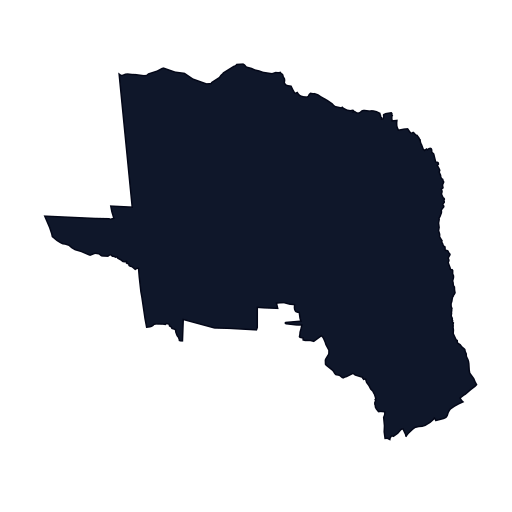 Stefanesti, Vâlcea, Romania (Albers equal-area conic projection), rotated 174°
{"feature_id": "2599482B29956457014719", "entity_name": "Stefanesti", "entity_type": "district", "adm_level": 2, "iso_a3": "ROU", "parent_name": "Romania", "parent_adm1": "Vâlcea", "projection": "albers", "projection_center": [24.21, 44.611], "detail": "fine", "context": "isolated", "style": "filled", "palette": "ink", "viewbox_px": 512, "rotation_deg": 174, "n_neighbors": 0, "source": "geoboundaries", "source_scale": "gbopen_adm2", "svg_char_len": 5931}
<svg xmlns="http://www.w3.org/2000/svg" viewBox="0 0 512 512"><g transform="rotate(174 256 256)"><path d="M461.9,317.7L458.2,305.8L456.8,299.4L456.5,296.6L452.2,292.2L449.1,289.8L446.9,288.4L444.4,287.8L440.8,286.2L438.4,283.6L435.2,281.2L429.3,278.8L421.5,274.4L420.7,274.2L416.5,275.4L415.3,275.5L411.7,274.5L410.1,272.8L409.2,272.2L403.3,271.3L401.4,272.4L400.5,272.4L400.0,272.2L398.9,270.8L397.1,270.4L395.8,269.5L394.4,269.8L393.7,268.3L390.7,266.2L389.0,264.5L387.7,264.1L386.7,264.0L385.8,264.3L385.2,264.1L385.1,263.5L385.4,263.3L385.6,262.7L385.0,262.1L383.7,261.7L383.4,261.4L383.2,259.8L382.3,259.1L380.3,258.3L377.5,255.3L375.8,256.2L374.1,256.1L374.3,247.5L374.2,232.4L373.8,227.1L372.9,205.3L372.2,196.6L368.9,196.7L367.3,197.0L365.8,197.7L364.7,198.7L362.5,198.9L355.5,198.0L353.2,197.4L352.2,198.3L349.7,197.4L349.4,196.7L349.3,195.5L347.8,194.4L347.3,193.6L347.2,192.8L344.6,191.7L343.7,190.9L343.7,188.8L343.0,185.9L342.5,184.6L341.6,183.3L341.0,180.9L341.0,180.0L339.7,179.5L338.0,179.3L335.0,200.5L304.8,188.8L290.4,186.9L263.3,182.5L262.2,184.8L260.3,202.8L260.0,204.8L253.1,203.6L239.9,201.7L240.6,207.0L237.3,207.0L233.0,206.7L227.6,204.6L222.7,203.6L223.2,200.5L223.1,198.6L222.4,196.9L222.0,196.5L220.7,195.8L218.9,195.4L218.7,189.4L218.1,186.5L233.0,186.8L233.6,186.7L233.9,186.3L233.7,185.9L233.2,185.5L222.9,183.2L217.6,182.6L218.9,178.6L220.1,175.7L220.5,173.5L221.2,171.2L220.7,170.5L217.7,169.5L217.9,167.6L216.0,166.9L210.7,166.3L207.5,165.1L199.3,169.9L197.9,168.1L197.3,166.7L196.2,163.2L195.7,160.6L193.3,154.7L193.7,151.4L194.1,150.5L197.2,146.5L197.9,145.2L198.2,141.1L197.5,140.0L191.8,134.4L191.0,133.3L190.1,131.3L189.2,129.9L188.7,129.6L186.5,129.0L185.1,128.4L182.9,126.1L181.9,125.7L180.5,126.3L178.7,126.6L172.0,129.1L171.2,128.7L169.8,127.3L162.6,124.2L162.7,123.5L161.8,122.0L160.3,122.4L159.9,122.2L159.2,118.7L157.2,115.3L155.8,111.7L153.8,109.2L153.4,107.8L152.6,106.1L151.7,101.5L152.5,100.9L152.1,99.8L153.2,97.6L153.3,96.1L153.0,95.0L153.0,93.2L152.3,91.4L150.4,88.4L148.1,88.4L144.2,87.6L144.4,85.6L144.8,84.2L145.9,82.2L146.0,73.7L146.9,67.7L146.7,61.1L144.4,61.0L142.1,59.5L141.7,60.9L140.2,62.8L139.3,62.8L138.2,62.3L133.6,64.9L130.2,68.1L129.2,68.6L127.9,68.7L125.8,62.7L125.8,61.3L125.5,61.1L125.1,61.7L123.2,63.7L118.2,67.5L115.8,68.9L112.1,69.4L108.6,69.3L105.5,69.9L100.1,72.5L96.9,74.8L95.6,76.2L95.1,75.5L94.4,73.6L86.4,74.8L84.4,75.5L83.6,76.0L82.5,77.4L81.2,80.4L79.6,82.6L78.6,83.6L74.4,85.9L69.9,87.8L65.4,89.3L66.6,90.7L68.0,93.4L64.0,95.9L62.4,96.6L56.3,100.8L51.7,103.6L50.1,105.0L51.3,107.9L52.3,111.3L55.7,117.2L55.9,120.3L55.6,126.6L55.7,128.8L56.1,130.8L57.2,133.8L57.3,135.4L57.1,136.5L58.0,139.3L58.1,141.1L58.4,141.6L60.9,144.2L62.2,146.4L64.7,148.5L64.8,149.1L64.7,150.9L65.8,151.8L68.0,158.2L67.4,161.7L67.5,164.5L67.2,165.8L67.2,167.5L66.7,168.8L67.7,170.0L67.2,171.1L67.6,172.1L67.3,173.0L67.5,174.2L68.0,175.3L68.1,176.2L67.5,178.5L67.5,180.1L67.1,180.8L67.0,182.3L66.6,183.3L67.2,185.4L67.0,188.2L65.9,190.7L65.5,192.4L64.8,194.6L63.9,195.6L63.7,196.4L63.0,197.0L61.9,198.6L62.1,201.3L61.9,204.4L62.7,205.8L62.8,206.5L62.8,209.2L63.1,210.6L61.9,213.7L61.7,215.0L61.7,215.8L62.3,217.6L61.9,221.0L62.4,221.9L63.6,222.1L64.1,222.6L64.2,223.9L65.5,229.0L65.4,229.9L64.8,230.8L64.6,231.5L64.7,232.5L65.1,233.6L64.7,234.5L63.0,236.9L62.9,237.5L64.0,239.1L64.6,240.9L65.7,241.6L66.8,241.7L67.3,242.6L67.3,243.3L67.1,244.0L67.2,245.3L67.3,245.6L68.2,246.0L68.8,247.1L69.0,248.4L69.8,250.3L69.7,251.2L69.4,251.7L71.4,255.8L71.1,258.5L71.8,262.2L70.9,265.3L71.0,269.7L70.0,273.1L70.1,274.3L68.8,276.2L67.2,279.4L66.9,280.5L67.0,282.0L66.1,283.3L64.1,285.3L64.1,286.2L64.9,287.5L64.7,288.2L63.2,289.7L63.1,290.5L63.4,291.1L63.3,291.6L62.7,292.9L63.0,293.7L63.8,294.3L64.8,297.1L65.1,298.6L64.6,299.4L64.2,301.0L64.7,303.2L64.4,303.6L63.3,303.9L62.9,304.3L63.1,307.2L61.6,309.9L61.7,310.4L62.1,311.1L62.3,312.7L63.3,313.5L64.0,315.0L64.0,317.0L65.0,320.0L65.0,320.6L64.5,321.5L64.3,322.1L64.9,324.0L66.2,327.1L66.0,327.5L65.0,328.2L65.0,329.2L65.2,329.8L65.7,330.2L67.0,330.4L67.5,330.7L68.6,338.8L68.8,339.2L70.3,340.7L70.2,343.3L70.5,344.3L71.1,344.8L72.1,344.8L72.9,344.6L74.4,343.7L75.2,344.6L77.3,343.3L77.7,344.0L78.5,344.5L79.7,349.2L80.3,350.7L80.6,352.3L80.7,354.3L81.0,354.2L81.6,356.3L83.3,359.2L84.4,359.5L86.5,362.4L87.1,362.4L88.0,361.9L89.1,362.0L90.1,363.3L91.9,366.6L95.3,366.7L101.2,366.2L102.1,368.9L102.4,370.7L102.2,373.7L101.7,376.1L106.5,376.1L106.6,378.9L106.1,381.3L105.8,381.5L106.3,382.6L106.0,383.1L106.0,383.5L106.5,384.3L112.0,384.0L114.1,383.3L114.4,383.0L114.4,381.0L115.1,379.4L115.8,378.9L117.0,378.9L116.7,380.5L117.6,381.4L117.5,383.0L118.1,384.2L117.9,384.9L121.1,386.9L124.2,388.0L126.0,388.3L127.8,388.2L133.4,389.5L135.3,389.3L137.5,387.8L139.5,387.3L141.1,387.9L142.8,389.3L144.1,389.2L143.6,389.7L144.1,390.6L144.6,390.8L147.0,390.6L150.2,391.5L153.6,393.7L154.7,394.9L155.1,394.5L156.0,394.4L161.7,396.3L163.1,397.6L164.3,399.3L168.7,403.1L175.0,407.6L177.6,409.8L180.8,411.3L182.4,411.4L184.8,412.1L186.2,411.0L187.3,409.2L188.7,408.7L192.1,409.3L194.6,410.3L195.9,411.2L197.0,412.6L197.9,414.3L199.7,413.7L200.6,414.1L202.2,417.8L203.4,421.2L206.8,422.1L208.5,423.0L209.6,424.8L209.8,425.3L209.2,427.6L209.2,429.2L210.3,431.6L210.4,432.9L210.7,433.8L212.3,435.1L212.5,436.0L214.6,435.9L217.3,436.4L220.3,435.7L221.5,435.7L229.9,437.9L233.6,439.7L237.7,441.1L240.9,443.0L245.9,444.9L247.5,447.2L248.8,448.2L255.1,448.5L255.9,447.7L257.3,447.0L258.2,446.9L269.3,441.5L269.8,440.8L271.8,439.4L273.7,437.3L281.8,433.2L282.6,432.1L287.3,432.3L300.4,438.6L308.1,445.1L317.3,447.3L328.3,452.5L329.7,452.3L334.9,450.2L343.9,448.3L345.7,447.0L346.8,446.9L349.2,447.1L357.0,449.0L360.2,449.4L364.7,450.4L366.9,450.4L369.6,449.6L371.1,449.6L371.7,449.9L373.1,451.2L374.0,317.5L395.2,320.8L394.7,315.1L393.4,308.3L397.2,307.7L398.2,308.4L412.5,310.2L461.9,317.7Z" fill="#0f172a" stroke="#020617" stroke-width="1.5"/></g></svg>